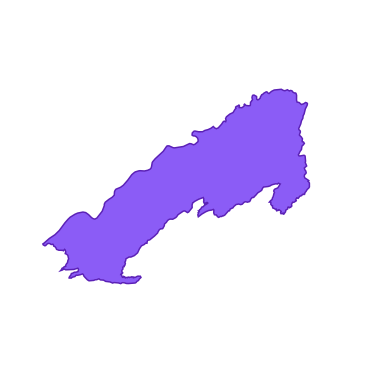 Coello, Tolima, Colombia (Natural Earth projection), rotated 214°
{"feature_id": "7082276B29903133765391", "entity_name": "Coello", "entity_type": "district", "adm_level": 2, "iso_a3": "COL", "parent_name": "Colombia", "parent_adm1": "Tolima", "projection": "natural_earth1", "projection_center": [-74.938, 4.361], "detail": "fine", "context": "isolated", "style": "filled", "palette": "violet", "viewbox_px": 384, "rotation_deg": 214, "n_neighbors": 0, "source": "geoboundaries", "source_scale": "gbopen_adm2", "svg_char_len": 6004}
<svg xmlns="http://www.w3.org/2000/svg" viewBox="0 0 384 384"><g transform="rotate(214 192 192)"><path d="M265.1,115.4L268.6,115.5L271.2,114.4L275.0,110.6L276.6,108.1L278.9,103.0L279.5,100.2L280.1,95.5L280.5,85.9L281.7,80.0L284.3,73.7L286.1,66.8L286.6,65.5L285.8,65.0L284.0,65.1L283.4,65.7L282.9,68.3L282.4,69.0L280.9,69.8L279.7,69.7L279.0,70.0L278.2,70.9L277.7,70.9L276.3,69.8L275.2,70.1L273.6,69.6L272.2,68.7L269.7,69.3L266.7,71.3L265.8,71.3L265.6,73.2L264.8,73.1L263.0,71.6L262.9,70.3L262.6,70.0L261.5,70.3L259.6,70.1L256.9,67.6L256.6,65.8L255.7,63.7L255.9,62.5L255.7,60.3L255.1,59.7L256.2,58.5L256.3,57.4L257.1,56.0L256.8,54.9L257.0,53.3L255.9,54.7L255.0,56.6L253.1,56.9L246.7,61.7L244.1,64.9L243.8,65.0L242.9,64.5L242.0,62.3L243.4,60.6L244.6,59.8L245.7,57.7L246.4,57.0L246.0,55.3L246.2,53.3L245.9,52.0L245.5,52.1L243.8,53.3L243.7,54.3L241.8,56.4L241.5,58.3L240.4,58.9L238.5,60.8L236.9,62.9L236.0,62.8L234.5,61.8L232.5,61.3L229.6,60.7L227.7,60.8L224.0,63.8L223.3,65.0L221.9,66.1L220.6,68.0L218.8,67.9L216.0,69.5L213.6,69.6L209.7,71.6L206.9,72.1L206.1,73.2L205.5,73.6L202.1,75.5L199.8,76.2L199.2,77.7L198.6,78.2L197.3,78.9L195.4,79.4L193.7,80.4L188.2,84.8L187.8,85.7L187.7,87.1L186.9,88.7L187.0,90.4L186.5,92.6L187.7,93.3L189.8,92.0L190.4,91.2L191.2,89.6L191.9,88.9L192.6,89.0L192.8,88.1L193.4,88.4L194.5,88.1L194.8,87.2L195.8,86.8L196.2,86.0L197.4,85.8L197.8,84.7L199.0,84.3L199.3,83.5L200.2,83.6L200.5,84.0L201.5,83.8L201.4,82.7L201.9,82.4L203.2,83.1L204.0,84.0L204.8,83.7L204.9,85.1L204.3,85.7L204.2,86.2L205.8,86.9L206.3,87.5L206.2,89.6L207.4,90.9L206.5,92.2L207.1,93.0L206.7,93.5L206.9,94.3L207.4,95.7L208.4,96.2L208.5,97.7L209.4,99.7L207.8,102.9L206.2,104.0L204.2,107.1L203.1,111.1L203.8,115.4L203.8,119.1L202.2,121.9L201.9,123.6L200.7,124.3L201.6,126.3L201.6,127.3L200.3,128.6L198.5,134.4L197.6,138.7L197.9,140.1L198.0,142.5L197.3,144.1L196.3,144.6L195.8,145.4L196.1,148.5L196.9,150.2L196.3,152.4L196.3,154.8L195.6,156.6L194.7,157.5L192.7,158.7L191.2,161.6L190.9,162.9L190.9,165.4L188.5,171.3L187.3,172.3L184.2,172.4L183.6,173.5L183.1,179.1L184.6,181.2L185.4,183.4L184.9,184.2L184.7,185.4L182.5,189.6L179.6,193.7L178.3,192.8L177.9,191.9L177.2,191.4L176.9,190.3L175.0,189.2L174.9,190.3L174.0,190.6L173.9,191.6L173.3,191.9L172.7,191.7L173.0,190.5L174.2,188.1L174.5,186.1L175.4,185.0L175.3,182.5L175.8,181.6L175.5,180.4L176.0,180.0L175.0,179.6L175.4,178.3L174.6,177.5L174.4,176.3L172.9,175.0L171.5,179.2L169.5,183.4L167.8,186.0L165.5,188.1L164.6,189.5L163.8,189.3L162.3,186.8L160.7,185.7L158.8,186.6L157.1,185.8L155.7,185.9L154.8,187.6L153.7,188.3L153.2,189.5L152.7,189.7L151.9,191.2L151.2,196.9L150.5,197.2L150.4,197.6L150.8,199.2L149.2,201.8L149.2,203.4L148.4,206.3L146.6,208.1L144.5,208.8L143.5,210.1L143.1,212.5L142.6,213.4L142.1,213.9L140.3,214.6L138.9,216.3L138.9,217.7L139.3,218.6L139.0,221.1L138.1,221.7L137.7,222.4L137.8,223.3L137.4,224.3L137.0,228.1L135.5,231.4L135.2,232.8L135.6,234.1L135.5,236.1L132.0,239.1L130.7,240.7L130.0,242.3L128.9,243.7L127.1,245.7L125.6,246.4L125.3,247.6L123.3,248.0L123.2,243.4L125.0,240.6L125.1,239.7L124.8,238.5L123.3,237.6L123.2,236.5L122.1,233.5L122.0,232.1L121.4,230.5L122.0,228.9L122.2,226.9L120.9,227.6L119.7,225.8L118.2,225.4L117.6,225.6L117.1,224.8L115.9,223.9L114.7,224.3L113.4,224.3L112.7,224.9L111.9,224.0L111.3,223.7L111.0,223.9L111.0,224.7L110.1,225.1L110.2,225.7L109.9,226.0L107.3,225.8L107.1,225.6L107.2,224.7L106.7,224.1L106.0,223.8L104.6,225.4L104.0,224.7L103.5,225.0L103.4,227.9L104.1,229.3L103.2,231.6L104.0,232.9L103.4,233.6L102.3,233.5L102.1,234.3L101.6,234.5L101.8,235.0L101.4,236.2L102.6,237.4L102.9,239.7L101.8,240.4L100.7,242.7L100.8,243.2L101.7,243.3L101.9,245.7L101.6,246.0L100.8,245.9L100.4,246.1L100.3,248.7L99.1,250.3L99.0,251.8L98.2,252.3L97.9,253.4L97.5,253.3L98.0,254.9L97.8,256.1L97.9,258.6L97.4,260.5L97.5,261.9L99.7,265.1L101.1,265.7L101.7,265.7L101.6,266.8L106.5,266.8L107.7,267.8L108.4,269.5L108.0,270.4L108.0,271.7L109.5,273.1L110.8,273.5L112.3,274.7L111.5,277.7L114.6,279.8L115.1,281.1L118.2,284.9L118.7,285.2L119.7,285.1L122.6,282.3L123.5,281.8L124.1,281.9L124.7,282.5L124.7,283.6L125.1,285.8L125.0,288.4L126.3,291.1L126.5,291.9L126.1,293.1L126.0,295.1L127.5,295.8L128.7,295.4L129.2,295.9L130.2,297.9L132.0,298.7L134.7,299.2L135.1,299.9L135.7,302.4L136.7,303.3L138.3,303.5L139.0,304.3L139.9,309.2L141.1,312.4L141.3,315.0L142.5,317.4L142.7,319.4L144.5,324.3L145.0,328.2L145.6,329.7L146.6,330.1L147.9,329.7L148.8,327.5L150.3,325.7L153.2,326.1L155.2,325.3L156.7,326.6L159.4,330.7L160.9,331.9L161.5,332.0L162.1,331.5L163.9,331.2L165.8,331.8L167.1,331.3L167.8,330.2L170.1,330.1L171.6,327.9L173.1,327.3L175.4,327.1L180.9,322.5L182.4,319.8L183.2,316.7L184.3,316.5L185.8,316.9L186.5,316.5L187.7,314.1L188.1,312.2L188.6,311.7L188.4,308.8L188.0,308.3L188.0,307.7L188.5,305.8L189.2,305.1L190.2,305.1L191.9,307.3L194.7,307.1L195.6,306.4L195.7,305.3L195.0,303.7L193.4,302.3L193.6,300.9L193.4,300.3L193.7,299.2L192.2,296.7L192.2,296.1L193.5,295.0L195.8,293.9L197.5,294.3L197.7,293.7L197.1,293.0L196.9,292.2L197.7,289.9L200.1,288.4L201.0,290.1L201.7,290.3L202.4,288.6L203.1,287.8L203.3,286.7L202.3,285.8L202.6,284.8L202.4,280.8L204.2,277.8L205.5,273.6L205.2,271.6L203.8,270.4L203.4,269.1L204.9,268.8L205.4,267.9L205.4,264.7L206.1,259.8L207.2,258.1L208.7,257.8L211.0,258.2L211.9,255.5L213.6,252.7L215.8,250.2L216.9,247.9L220.1,245.7L223.6,244.2L224.3,243.6L224.5,243.0L224.8,241.1L223.8,239.2L222.4,239.2L221.0,240.0L219.3,240.2L217.5,239.8L216.0,238.6L215.2,237.1L216.2,233.3L217.2,232.0L219.7,231.5L221.1,230.8L224.6,224.9L231.2,218.8L232.3,218.2L236.9,217.4L238.4,216.3L238.6,215.0L238.6,209.7L241.1,199.1L241.5,195.5L241.5,194.3L239.7,190.3L239.3,188.8L239.5,187.5L240.9,185.2L243.2,182.8L247.0,180.6L248.2,179.5L250.3,176.9L250.8,175.6L251.6,172.7L251.9,165.8L252.7,159.2L253.9,155.9L256.6,151.8L256.7,150.4L256.4,148.9L254.7,145.9L255.2,143.1L256.8,139.4L258.2,135.0L257.9,132.9L257.1,131.7L255.7,125.9L256.3,117.2L257.4,115.2L259.1,114.6L261.0,114.6L265.1,115.4Z" fill="#8b5cf6" stroke="#5b21b6" stroke-width="1.5"/></g></svg>